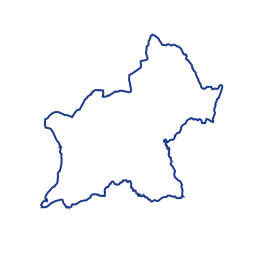 the district of Merangin, Jambi, Indonesia, rotated 193°
{"feature_id": "22746128B71403115718321", "entity_name": "Merangin", "entity_type": "district", "adm_level": 2, "iso_a3": "IDN", "parent_name": "Indonesia", "parent_adm1": "Jambi", "projection": "robinson", "projection_center": [101.815, -2.207], "detail": "fine", "context": "isolated", "style": "outline", "palette": "blue", "viewbox_px": 256, "rotation_deg": 193, "n_neighbors": 0, "source": "geoboundaries", "source_scale": "gbopen_adm2", "svg_char_len": 5705}
<svg xmlns="http://www.w3.org/2000/svg" viewBox="0 0 256 256"><g transform="rotate(193 128 128)"><path d="M103.0,219.2L104.0,218.3L104.7,218.0L106.3,218.6L107.8,218.8L108.5,218.3L109.3,217.2L111.5,216.9L113.4,216.8L114.5,218.1L115.4,218.7L115.7,219.3L117.2,220.4L117.8,221.4L119.3,222.6L122.7,224.0L125.2,224.5L125.4,224.0L126.3,224.1L125.9,224.0L126.4,222.9L126.6,221.4L126.5,220.6L126.8,218.8L127.4,217.3L126.7,213.5L128.2,211.5L128.2,211.1L127.8,210.2L127.6,208.6L127.5,205.1L125.4,201.9L124.5,199.8L124.5,199.4L125.4,198.6L127.9,197.2L129.7,196.6L130.6,195.9L130.6,195.0L129.4,192.4L129.2,189.6L136.3,181.9L138.7,179.9L138.1,177.7L138.1,176.4L137.5,174.3L136.6,173.0L134.7,168.4L133.5,165.9L133.6,164.0L134.6,163.1L142.7,162.9L144.1,162.6L146.0,161.2L147.2,160.7L148.2,160.9L148.6,160.7L154.0,155.1L155.0,155.2L155.2,154.7L155.6,154.5L156.3,153.7L159.3,152.7L159.8,153.0L159.8,153.7L159.6,154.5L160.0,155.5L159.8,156.4L160.6,158.1L160.6,158.8L161.0,159.0L162.3,158.6L164.3,158.5L164.9,158.3L165.1,158.0L165.8,158.2L168.4,157.6L169.8,156.3L170.6,155.4L170.4,154.7L171.1,154.3L171.7,153.6L171.3,152.5L171.7,152.4L174.6,149.3L174.9,147.8L176.2,146.3L179.3,134.9L181.3,134.4L183.3,130.9L184.9,126.0L186.9,126.5L189.2,126.7L191.0,126.8L192.3,126.3L193.4,126.7L199.6,127.9L202.2,127.2L204.4,126.0L207.2,122.6L208.3,120.0L209.9,118.3L210.7,117.8L209.7,112.8L209.8,112.4L209.5,112.2L208.3,109.9L204.4,110.0L202.7,109.5L199.6,106.4L195.2,100.5L193.7,99.1L192.2,98.1L190.8,96.1L190.0,95.5L189.0,94.3L190.1,93.8L189.6,93.4L188.8,91.9L189.1,89.5L188.3,88.5L187.0,87.9L186.3,84.2L185.7,82.9L184.7,77.7L184.7,71.3L186.3,68.2L185.2,65.1L185.0,63.5L185.2,63.0L184.5,60.1L184.8,58.0L185.5,56.6L186.2,55.6L186.3,54.6L187.4,53.9L188.7,52.5L190.1,49.5L191.2,47.9L193.0,43.2L193.0,42.1L192.7,41.5L191.1,40.2L190.4,39.0L190.4,38.4L191.2,38.4L191.6,38.7L191.9,39.8L192.1,39.8L192.9,38.3L194.4,36.7L195.4,33.4L195.3,33.2L193.8,32.2L194.0,31.5L190.5,32.3L190.4,32.6L188.9,33.4L185.9,37.5L182.4,40.4L176.8,43.3L175.6,43.2L174.2,40.5L172.9,39.5L170.0,36.7L168.9,37.7L168.3,37.2L167.4,37.0L165.4,38.7L165.5,40.3L164.2,41.4L163.1,41.4L161.8,41.8L157.6,46.0L155.1,47.2L152.6,48.1L151.8,48.7L150.7,50.3L149.1,51.4L149.0,53.3L148.3,54.5L147.7,55.1L146.5,55.8L144.7,56.2L143.1,56.2L142.4,56.4L142.1,55.8L141.1,56.1L140.1,55.7L139.1,55.7L138.7,56.0L138.3,55.9L138.1,56.1L137.3,56.0L136.9,56.3L135.4,56.5L135.9,59.0L135.9,60.2L136.3,60.6L136.2,60.9L136.6,61.6L136.7,62.2L136.6,63.9L135.5,65.7L134.4,65.7L133.4,67.7L133.2,69.5L132.4,69.8L132.2,71.3L131.2,72.4L130.7,72.4L129.8,72.0L128.1,70.4L127.4,70.2L126.7,70.5L125.7,70.3L124.2,71.0L123.7,71.6L123.2,73.2L121.9,73.4L121.4,74.2L121.3,75.4L120.8,75.5L120.0,76.3L118.4,76.4L117.9,76.0L117.5,76.4L117.0,75.5L115.9,75.2L115.4,75.9L115.2,76.4L114.1,76.8L112.7,75.3L112.1,73.0L111.7,72.0L111.9,71.2L111.6,70.8L110.8,70.2L110.3,70.4L109.9,70.3L109.2,68.5L108.7,67.9L108.3,68.0L107.7,68.6L107.3,68.4L106.9,68.7L106.5,68.5L105.7,67.0L105.2,66.4L104.5,66.4L104.1,65.9L103.5,66.1L103.1,65.7L103.0,64.6L102.6,64.2L101.8,64.3L101.5,65.5L101.2,65.3L100.5,65.4L100.2,64.9L99.8,64.5L98.7,64.7L98.2,65.2L97.7,66.3L97.5,66.2L96.0,64.7L95.5,64.8L95.1,64.3L94.5,64.5L94.1,64.4L93.7,64.6L92.9,63.9L92.5,63.7L92.0,62.9L90.9,63.2L90.4,63.1L90.0,62.5L88.6,61.6L87.8,62.0L86.1,63.6L84.8,63.7L83.1,63.4L81.7,64.1L80.3,66.4L78.1,68.4L74.8,69.7L74.0,71.1L71.8,71.6L68.5,71.1L66.4,72.0L66.1,71.7L65.8,71.0L64.9,70.7L63.3,70.8L62.1,71.6L61.8,71.4L60.8,71.6L60.4,72.0L60.0,73.5L58.9,73.7L59.9,74.5L60.5,76.8L60.9,79.9L62.8,82.9L62.6,84.6L64.8,87.6L67.5,88.4L69.8,89.9L70.6,90.1L72.1,91.9L72.7,94.0L72.4,95.8L72.5,96.7L76.4,101.1L77.3,101.3L78.2,102.2L78.3,102.9L78.0,104.9L78.2,105.9L78.9,106.4L79.7,108.8L80.4,108.7L81.0,109.3L81.6,109.6L81.9,110.5L82.5,111.1L82.6,111.4L82.0,112.5L82.9,113.9L82.8,116.3L83.3,116.4L83.2,117.0L83.4,117.2L83.7,116.8L84.3,116.6L84.2,117.2L84.4,117.0L84.7,117.1L84.6,117.4L85.1,117.5L85.6,118.3L85.9,118.3L86.2,119.5L86.5,119.6L86.8,120.0L87.1,119.9L87.3,120.3L87.6,120.3L87.8,121.1L87.7,121.7L88.0,121.9L88.1,122.4L88.3,122.5L88.4,122.9L89.0,123.4L89.8,122.9L90.2,123.6L90.0,124.0L89.5,124.1L89.4,124.6L89.0,125.0L88.9,124.7L88.4,124.3L88.0,124.5L87.7,124.1L87.1,123.7L87.1,123.3L86.8,122.9L86.3,122.9L84.0,126.1L83.3,126.4L82.0,126.3L80.8,127.6L80.4,129.7L80.1,130.2L80.6,130.7L79.4,133.3L78.2,134.8L77.5,134.8L76.8,135.1L76.6,135.4L76.6,137.3L76.0,138.0L76.1,139.2L76.4,140.0L76.4,140.8L75.8,142.3L74.6,143.9L73.4,144.8L72.7,145.7L72.4,148.1L72.1,148.7L70.8,150.1L69.3,151.2L68.7,151.8L68.0,151.9L65.9,151.0L64.1,151.9L61.9,151.2L61.3,151.5L61.1,152.2L60.9,152.5L60.1,152.7L59.0,152.5L58.2,152.0L57.8,151.2L57.3,149.7L56.7,149.5L55.5,149.9L54.5,149.8L53.9,150.3L53.9,151.8L53.6,154.1L53.4,154.5L52.1,154.4L51.5,154.5L49.6,153.5L47.4,152.9L46.5,152.9L46.4,153.4L46.6,154.1L47.3,155.0L47.4,155.7L46.6,162.1L47.1,163.2L47.9,164.1L48.1,164.6L48.0,168.6L47.7,169.9L48.2,170.8L48.3,171.6L48.2,172.4L47.8,173.0L47.9,174.1L47.6,175.1L47.6,176.2L47.0,177.2L46.4,177.5L46.3,178.8L46.1,179.3L46.2,179.9L45.8,182.2L45.3,187.5L45.4,189.3L46.0,190.5L47.0,190.7L47.6,190.6L48.5,189.4L48.7,187.3L49.6,186.4L50.3,186.0L52.3,186.0L53.8,184.9L54.6,184.7L55.0,185.0L55.9,186.7L57.3,186.6L60.4,185.8L61.8,183.6L62.4,183.3L64.6,183.5L65.6,184.0L66.6,186.1L69.7,189.6L70.6,191.4L72.4,193.4L73.3,194.9L73.8,195.3L74.6,197.2L75.6,198.1L77.1,198.9L78.2,200.7L78.8,200.9L79.7,203.2L80.6,204.3L82.9,205.9L83.9,206.7L84.2,207.3L85.3,207.6L85.5,207.9L86.5,207.9L86.8,208.1L87.2,209.9L86.8,211.3L88.2,212.3L88.5,212.8L89.1,212.3L90.0,212.4L90.6,212.8L91.5,213.7L92.0,214.5L94.1,217.2L96.2,218.3L97.6,218.8L98.7,218.5L100.8,219.5L101.6,219.5L103.0,219.2Z" fill="none" stroke="#1e3a8a" stroke-width="2"/></g></svg>